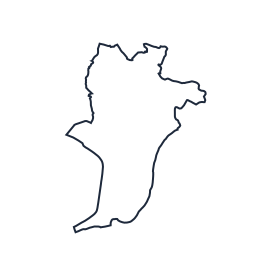 Viet Tri, Phú Thọ, Vietnam (Robinson projection), rotated 70°
{"feature_id": "81297802B93284854578765", "entity_name": "Viet Tri", "entity_type": "district", "adm_level": 2, "iso_a3": "VNM", "parent_name": "Vietnam", "parent_adm1": "Phú Thọ", "projection": "robinson", "projection_center": [105.368, 21.333], "detail": "fine", "context": "isolated", "style": "outline", "palette": "slate", "viewbox_px": 256, "rotation_deg": 70, "n_neighbors": 0, "source": "geoboundaries", "source_scale": "gbopen_adm2", "svg_char_len": 4981}
<svg xmlns="http://www.w3.org/2000/svg" viewBox="0 0 256 256"><g transform="rotate(70 128 128)"><path d="M202.5,212.7L204.8,212.9L208.0,212.9L208.0,211.1L208.0,209.9L207.8,207.7L207.7,205.7L207.8,204.6L208.0,203.9L208.5,203.1L208.6,202.5L208.7,201.1L208.6,198.0L208.8,196.4L209.0,194.1L209.1,193.2L209.3,192.6L210.0,190.9L210.5,189.5L211.3,188.2L212.0,187.7L212.2,186.4L212.8,183.4L212.9,182.7L213.1,181.1L213.2,180.5L213.3,179.5L213.4,178.7L213.4,178.2L213.5,177.6L213.0,177.4L212.2,177.1L211.4,176.8L210.7,176.4L210.2,175.9L209.5,175.3L209.1,174.9L208.9,174.5L208.7,174.2L208.6,173.8L208.6,173.6L208.7,172.8L209.0,171.9L209.1,171.5L209.3,170.4L209.6,169.8L209.9,169.2L210.1,169.2L210.3,169.2L211.6,168.7L213.2,167.3L214.7,165.4L215.7,163.8L216.5,161.3L216.8,159.2L216.9,157.9L216.7,156.7L215.6,153.6L214.9,152.2L213.1,149.5L210.2,146.4L209.3,144.5L208.4,142.9L208.0,142.0L207.8,141.5L206.5,139.0L204.2,136.0L203.5,135.2L201.6,133.4L199.4,131.2L196.4,129.5L194.0,128.5L192.9,127.2L192.5,126.7L191.5,125.7L190.0,124.7L187.8,123.5L184.1,121.8L182.3,121.0L180.1,120.1L179.2,119.8L178.4,119.5L177.3,119.4L175.4,118.5L172.1,116.7L169.7,115.3L167.4,113.3L164.6,111.5L163.4,110.8L162.1,109.7L160.9,108.6L159.2,107.0L157.7,105.9L156.8,104.7L156.0,103.4L155.0,102.0L154.1,100.9L153.0,99.4L151.8,97.8L151.1,96.0L150.6,95.4L149.4,93.6L148.8,92.3L148.3,90.2L147.8,88.4L147.5,87.6L147.2,86.8L146.7,85.3L146.5,84.3L146.5,83.0L146.5,82.1L146.1,82.2L145.2,81.3L144.7,79.7L144.1,78.7L143.6,78.1L142.6,78.0L142.1,78.0L141.2,78.1L140.4,78.5L138.8,78.4L138.0,78.5L137.6,78.7L136.4,79.8L135.2,80.1L133.6,80.1L132.4,79.7L129.3,78.6L127.3,77.9L125.9,77.3L124.9,76.4L124.8,75.7L125.3,74.8L127.3,73.0L127.7,71.5L127.4,70.5L125.8,67.6L122.0,63.1L122.2,62.3L123.9,60.8L125.0,59.6L126.4,58.5L127.5,57.5L129.2,56.0L128.7,53.8L128.4,52.4L128.4,51.8L128.7,50.2L128.8,49.6L129.4,48.5L129.9,47.2L128.3,45.9L127.6,45.8L124.4,45.9L123.5,44.6L122.6,43.4L121.3,43.1L120.5,43.1L119.3,43.9L118.7,44.8L118.0,46.3L117.3,47.0L116.1,48.0L115.2,48.2L113.3,47.3L112.5,46.7L111.1,46.7L109.7,47.4L108.9,48.0L108.0,49.0L106.6,51.0L106.0,52.1L105.7,54.8L105.2,57.8L105.1,59.4L104.7,60.2L104.3,62.0L102.7,64.0L102.0,64.8L100.5,67.1L99.6,68.9L98.6,70.3L96.5,72.2L95.2,73.6L95.1,74.2L95.1,76.1L95.2,76.5L95.1,76.8L94.3,77.7L93.0,79.0L90.4,80.1L89.6,80.1L88.5,80.4L87.3,80.6L87.2,80.1L87.4,79.8L87.7,79.4L87.7,78.9L86.4,78.6L85.5,78.1L84.2,77.0L83.3,76.4L82.5,76.3L81.9,76.4L80.3,77.2L79.5,77.8L79.0,77.8L78.8,77.5L78.8,77.3L79.5,76.6L79.6,76.1L79.5,75.2L79.1,74.3L77.6,73.1L75.6,71.3L73.4,69.4L73.1,68.5L72.6,67.9L72.1,67.4L69.8,66.6L68.9,66.2L68.1,65.3L67.5,64.5L67.0,64.0L65.8,64.2L64.7,64.8L64.0,65.6L63.8,66.3L63.4,67.7L62.7,68.9L62.4,69.4L63.2,70.1L63.5,71.5L62.9,72.5L61.4,74.1L60.6,75.7L59.1,77.6L57.0,79.9L55.1,82.1L54.7,83.5L54.7,84.4L55.3,84.5L56.4,84.6L56.7,84.9L56.7,85.4L56.8,85.1L57.9,84.1L59.0,83.5L60.0,83.1L60.9,83.3L62.9,84.1L62.9,84.5L62.2,85.1L62.1,85.9L62.8,86.2L62.8,86.9L62.6,87.7L61.7,88.9L61.4,89.4L61.2,90.3L60.5,92.7L61.5,94.8L62.1,96.2L63.5,98.8L63.9,99.7L64.1,100.2L64.6,100.4L65.6,100.5L65.7,101.1L64.7,103.2L64.1,103.8L63.7,104.2L63.0,105.0L62.3,105.2L61.3,104.9L58.1,106.0L56.2,106.7L54.3,107.7L52.3,108.3L50.6,108.5L47.2,109.3L46.0,109.6L46.1,110.8L46.1,112.0L46.4,112.8L46.8,113.4L46.7,113.7L46.4,114.6L46.1,115.7L46.1,116.4L45.9,116.6L45.0,116.7L44.5,116.9L44.5,117.0L44.4,118.0L44.0,118.8L41.3,122.3L39.1,125.8L41.3,127.5L43.2,129.1L45.4,129.8L47.0,130.4L48.1,131.1L48.9,132.2L49.4,134.2L50.0,135.6L52.2,138.4L52.6,138.9L52.6,139.0L52.9,138.7L53.5,138.4L54.4,138.3L54.9,138.7L55.2,139.5L55.3,140.3L55.5,140.9L56.4,141.4L56.8,141.8L57.0,142.7L57.3,143.7L57.5,143.7L58.2,143.6L58.5,144.0L58.4,144.6L58.6,144.9L58.9,145.0L60.4,145.7L61.4,145.9L63.2,146.7L64.2,147.3L65.0,148.0L65.6,149.0L66.1,150.2L66.8,150.6L67.2,150.8L68.3,150.9L69.7,151.6L70.6,151.9L71.0,151.9L71.4,152.2L72.1,152.7L72.6,152.7L73.6,152.7L75.9,153.5L76.0,153.4L79.1,152.2L81.3,151.0L83.2,150.1L83.0,151.3L83.2,152.4L83.3,153.2L83.6,153.4L84.0,153.8L84.4,154.0L84.8,153.6L85.4,152.4L85.8,152.2L86.3,152.2L86.7,152.9L86.9,153.1L87.2,153.7L87.7,153.7L88.2,153.6L90.3,153.9L91.0,154.1L94.0,155.1L97.5,155.4L99.2,155.8L100.5,155.8L101.8,155.4L102.2,155.3L102.5,155.6L103.0,156.5L103.6,156.8L104.4,156.9L105.3,156.9L106.7,157.4L108.4,158.6L109.4,159.8L109.9,160.4L110.6,161.1L109.9,161.7L107.4,164.4L106.8,165.9L106.8,167.0L106.7,172.9L106.6,175.6L106.8,177.4L107.1,177.7L108.1,179.4L113.3,188.2L118.2,182.7L122.9,178.8L126.7,176.0L129.5,175.9L131.7,174.5L132.4,173.9L133.6,172.9L135.5,171.5L137.7,169.9L139.9,168.4L141.7,167.3L143.8,166.0L145.7,165.1L147.0,164.7L148.1,164.4L148.8,164.2L150.4,163.9L151.7,163.9L153.3,164.1L155.9,164.8L162.3,167.8L167.1,170.3L169.2,171.5L171.4,172.6L173.1,173.5L188.6,181.8L189.1,182.1L192.2,183.8L193.2,184.4L195.0,185.6L196.1,186.8L197.3,188.9L198.1,191.1L199.1,194.5L199.4,195.5L200.5,200.1L200.9,202.8L201.0,203.8L202.3,210.5L202.5,212.7Z" fill="none" stroke="#1e293b" stroke-width="2"/></g></svg>